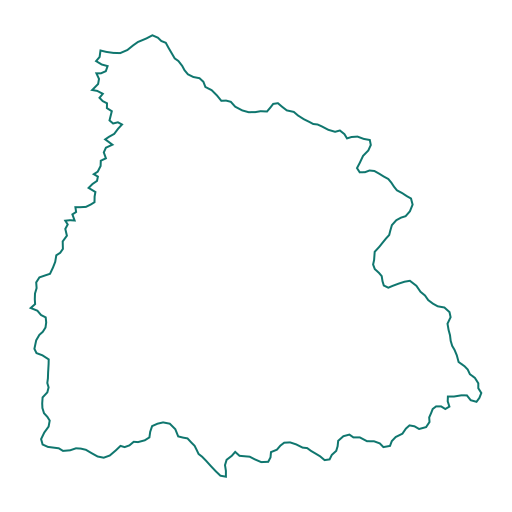 outline of Estrela do Indaiá, Minas Gerais, Brazil
{"feature_id": "56859067B45497715558707", "entity_name": "Estrela do Indaiá", "entity_type": "district", "adm_level": 2, "iso_a3": "BRA", "parent_name": "Brazil", "parent_adm1": "Minas Gerais", "projection": "orthographic", "projection_center": [-45.808, -19.573], "detail": "fine", "context": "isolated", "style": "outline", "palette": "teal", "viewbox_px": 512, "rotation_deg": 0, "n_neighbors": 0, "source": "geoboundaries", "source_scale": "gbopen_adm2", "svg_char_len": 3845}
<svg xmlns="http://www.w3.org/2000/svg" viewBox="0 0 512 512"><path d="M63.0,450.9L70.1,450.3L76.0,448.3L80.8,448.6L85.9,449.8L91.5,453.1L97.6,456.5L103.7,457.7L109.8,455.5L115.9,450.3L120.5,445.9L124.6,447.1L129.4,445.4L133.7,441.8L138.0,442.1L144.8,440.3L149.4,437.4L150.2,431.8L152.1,426.1L157.5,423.7L163.1,422.4L169.8,423.7L175.3,429.2L178.2,436.4L183.0,437.6L187.5,438.4L191.3,442.5L194.6,445.8L196.6,449.8L198.6,454.0L202.1,456.7L206.1,460.8L210.7,465.9L215.7,471.2L220.4,475.7L225.9,476.7L225.9,470.9L225.0,465.1L226.6,459.8L231.8,455.8L235.2,451.9L239.5,455.8L243.8,456.2L249.7,456.7L254.7,459.3L261.2,462.1L268.2,461.8L270.5,457.4L271.0,452.1L276.9,449.7L280.4,445.6L284.2,442.7L290.1,442.4L296.2,444.4L302.6,447.6L307.2,448.1L311.0,450.9L315.6,453.6L320.1,456.3L324.6,460.1L329.6,459.4L331.8,454.9L336.2,450.9L337.6,446.3L338.2,440.8L343.4,436.2L349.4,434.6L353.4,437.4L359.8,437.4L367.0,441.2L374.1,441.3L379.8,443.4L383.4,447.1L390.0,445.9L391.8,441.1L395.7,437.0L402.4,433.7L405.9,428.6L409.5,425.4L414.5,426.3L419.1,429.0L426.1,427.1L429.5,422.0L429.2,417.4L431.1,413.1L432.7,409.0L436.1,406.4L441.1,406.4L445.3,409.0L449.4,406.6L447.7,401.3L447.9,396.5L454.2,396.5L461.5,395.3L466.9,395.4L470.7,400.2L476.5,401.8L479.4,397.9L481.3,393.0L478.3,388.2L478.3,383.3L474.9,377.9L469.9,374.2L467.7,369.5L464.5,366.2L458.6,362.0L456.8,355.3L454.5,349.8L452.2,345.9L450.7,340.9L450.0,335.2L448.6,330.0L447.5,323.7L450.6,317.2L449.5,312.1L444.4,307.5L437.7,306.3L433.0,303.7L428.2,300.1L425.0,295.5L420.5,291.8L416.4,285.8L409.9,280.8L404.6,281.7L398.7,283.6L392.8,285.8L388.3,287.7L383.8,285.5L382.5,281.2L381.7,276.1L378.9,272.8L374.8,269.1L373.1,264.5L374.1,260.0L374.7,251.8L379.4,246.7L382.5,242.8L386.0,238.5L389.2,235.0L390.3,230.6L391.9,225.1L396.3,220.2L401.1,217.6L405.6,216.2L409.9,211.3L412.6,204.6L411.0,198.5L406.9,196.2L402.0,193.0L396.9,190.3L394.0,186.7L391.3,182.6L388.3,179.0L383.7,176.5L379.2,173.7L374.4,171.0L369.5,170.5L365.0,172.2L359.7,172.3L357.0,168.1L359.8,162.8L363.1,155.8L368.3,150.5L370.8,145.0L369.8,140.0L363.7,138.9L357.5,136.6L351.5,137.0L347.0,138.4L344.4,134.1L339.9,130.5L335.1,131.8L328.3,129.8L321.8,126.4L317.6,124.5L313.2,124.0L309.5,122.0L303.8,119.2L298.0,115.5L293.8,111.9L286.8,110.4L282.0,106.7L277.9,103.2L273.2,103.9L270.4,107.5L267.0,111.5L260.6,111.2L255.4,112.1L248.6,112.2L242.2,110.4L235.2,106.7L230.8,101.8L226.1,100.6L221.3,100.8L217.0,95.5L211.7,90.2L205.4,87.0L203.4,81.8L199.5,78.2L193.3,77.0L187.9,74.3L184.5,70.2L182.2,65.9L178.4,61.0L174.7,58.4L172.2,54.1L168.5,47.8L165.8,42.8L161.3,41.0L157.9,37.7L152.4,35.3L146.5,38.4L142.0,40.3L137.9,42.0L133.1,45.4L127.4,50.0L120.2,53.1L113.3,52.9L106.3,51.9L100.5,50.5L99.6,57.0L96.1,61.1L101.7,64.5L107.6,66.1L105.8,71.2L101.0,73.3L96.4,73.3L99.0,78.9L98.1,84.0L92.2,90.0L97.2,90.9L102.8,93.8L99.5,97.8L102.7,101.1L107.0,103.3L106.9,108.1L111.8,111.2L109.5,120.4L113.1,123.5L117.9,122.3L122.0,124.5L118.2,128.6L114.2,133.9L109.0,136.8L105.2,139.4L108.8,142.0L112.4,144.7L105.9,147.7L103.8,152.4L105.9,158.3L100.8,160.7L100.6,166.0L97.7,171.7L93.8,174.2L97.9,176.6L97.0,180.9L92.5,184.0L88.6,187.9L95.4,192.0L94.6,196.5L94.5,202.2L90.8,204.5L85.9,206.9L80.2,207.2L75.4,207.2L76.1,212.0L72.4,214.4L74.6,220.5L70.0,220.2L65.3,220.7L67.7,224.5L65.3,228.9L66.9,235.7L62.7,241.4L62.9,248.9L60.2,252.8L56.3,255.3L55.2,261.9L53.0,267.5L50.0,273.8L44.9,275.5L39.4,277.4L36.2,282.4L36.6,288.1L35.0,293.5L34.8,299.1L35.1,304.1L30.7,308.0L37.4,310.7L41.0,315.0L45.7,317.4L46.2,322.5L45.5,327.5L42.8,331.8L39.4,334.8L36.2,340.3L34.4,348.8L36.5,353.1L42.4,355.3L48.7,359.4L48.6,364.1L48.1,372.6L47.9,378.4L47.3,383.0L48.6,387.4L47.3,392.4L42.6,397.4L42.2,403.4L42.4,408.0L44.0,413.2L47.4,416.9L49.7,420.6L48.6,426.6L44.3,432.5L41.1,439.1L42.6,444.5L47.9,446.9L53.4,447.6L58.8,448.3L63.0,450.9Z" fill="none" stroke="#0f766e" stroke-width="2"/></svg>